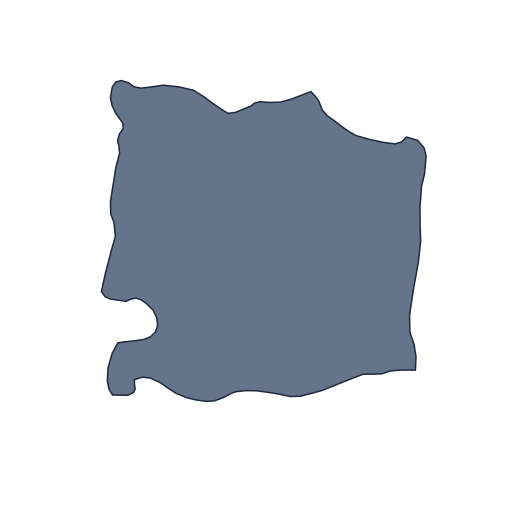 the district of Mougalaba, Ngounié, Gabon, rotated 286°
{"feature_id": "22940354B67008732943825", "entity_name": "Mougalaba", "entity_type": "district", "adm_level": 2, "iso_a3": "GAB", "parent_name": "Gabon", "parent_adm1": "Ngounié", "projection": "equal_earth", "projection_center": [10.772, -2.045], "detail": "fine", "context": "isolated", "style": "filled", "palette": "slate", "viewbox_px": 512, "rotation_deg": 286, "n_neighbors": 0, "source": "geoboundaries", "source_scale": "gbopen_adm2", "svg_char_len": 1635}
<svg xmlns="http://www.w3.org/2000/svg" viewBox="0 0 512 512"><g transform="rotate(286 256 256)"><path d="M411.8,367.9L405.8,364.5L402.0,358.6L400.3,346.6L399.4,333.4L399.3,319.1L401.6,309.7L404.8,301.0L408.3,292.2L410.4,286.1L414.4,279.7L418.1,276.8L422.5,273.4L425.9,268.9L429.2,263.5L416.4,246.5L410.6,236.9L407.4,227.0L405.4,217.3L402.6,212.5L398.8,209.8L388.4,196.7L385.4,189.7L387.3,183.0L390.4,173.5L394.8,161.7L398.1,150.2L397.3,135.1L394.6,119.7L389.8,109.1L385.7,99.3L385.0,92.0L387.3,86.1L387.5,78.0L384.6,73.3L378.8,71.3L368.0,72.4L361.1,76.1L354.5,81.9L346.9,91.4L341.7,93.2L335.7,91.1L328.6,91.1L324.6,93.6L317.1,96.6L303.1,96.8L290.2,98.4L268.1,101.1L256.1,104.9L249.1,110.2L236.0,115.4L223.4,115.4L197.9,116.0L179.3,117.2L175.3,122.2L174.5,127.6L175.5,135.4L176.6,143.5L180.1,147.7L182.6,152.5L182.2,157.8L180.1,163.7L175.5,172.1L169.1,177.7L161.6,180.7L155.1,180.2L149.3,176.8L145.0,171.5L140.6,161.7L136.9,152.5L134.4,147.1L123.1,144.6L107.3,144.6L94.5,147.7L87.2,151.6L82.8,156.4L86.8,171.2L91.1,176.0L94.9,176.5L99.0,174.6L103.6,173.2L108.2,180.2L109.6,188.0L107.8,199.2L105.1,206.8L101.9,217.1L100.7,228.3L101.1,237.5L102.4,247.6L105.1,255.7L110.9,263.6L116.1,268.9L119.8,273.6L123.8,283.4L126.5,293.2L128.3,305.3L129.4,314.5L130.4,327.9L133.5,337.4L138.9,346.7L145.1,356.8L164.8,382.1L171.9,391.6L174.8,401.6L177.5,409.6L182.2,416.3L185.7,425.0L187.9,432.2L190.2,440.7L203.2,437.6L214.4,432.4L225.3,424.9L241.5,419.9L266.8,416.6L294.8,413.8L315.6,410.2L329.5,405.7L348.4,400.1L368.8,395.9L381.3,395.4L398.9,392.0L406.2,387.8L411.8,379.4L411.8,367.9Z" fill="#64748b" stroke="#1e293b" stroke-width="1.5"/></g></svg>